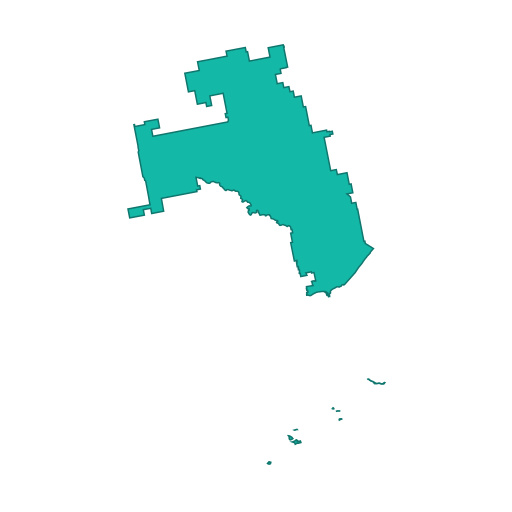 Greater Geraldton, Western Australia, Australia (Natural Earth projection), rotated 259°
{"feature_id": "25037944B20957215446412", "entity_name": "Greater Geraldton", "entity_type": "district", "adm_level": 2, "iso_a3": "AUS", "parent_name": "Australia", "parent_adm1": "Western Australia", "projection": "natural_earth1", "projection_center": [114.652, -28.44], "detail": "fine", "context": "isolated", "style": "filled", "palette": "teal", "viewbox_px": 512, "rotation_deg": 259, "n_neighbors": 0, "source": "geoboundaries", "source_scale": "gbopen_adm2", "svg_char_len": 5999}
<svg xmlns="http://www.w3.org/2000/svg" viewBox="0 0 512 512"><g transform="rotate(259 256 256)"><path d="M207.8,298.3L207.6,299.9L206.9,301.0L206.7,302.0L206.8,302.4L208.0,305.3L208.8,308.4L208.9,310.2L208.7,311.8L208.6,314.1L208.1,316.5L207.5,316.8L207.7,317.1L207.9,317.0L207.8,317.5L207.4,317.7L207.6,317.0L207.5,316.9L207.2,317.8L207.3,318.0L206.8,318.5L206.4,318.9L206.3,318.3L206.2,318.4L206.1,318.9L206.3,318.8L206.2,319.0L204.7,319.2L205.1,318.3L205.8,318.1L205.7,318.1L205.8,317.9L205.7,318.1L205.7,317.8L205.0,318.0L204.8,318.5L204.4,318.7L204.4,319.1L204.0,319.0L204.0,318.6L204.7,318.4L204.6,318.0L203.9,318.1L203.9,318.6L203.5,319.1L202.2,319.4L202.3,320.2L202.2,320.6L204.6,320.8L205.1,321.2L205.3,321.8L205.6,322.2L206.2,322.1L206.8,322.2L207.7,322.7L208.9,324.8L209.6,327.5L210.3,329.3L210.3,329.9L210.0,331.0L209.6,331.7L210.0,332.6L210.0,333.4L210.3,334.1L210.9,334.5L211.3,335.1L211.3,336.0L211.0,336.3L211.2,336.5L210.9,336.9L211.2,337.6L220.8,350.2L225.1,354.4L228.3,358.3L229.5,359.6L230.2,360.0L230.5,360.5L232.4,362.5L233.7,364.2L234.4,364.8L237.0,368.5L237.9,369.0L238.7,369.9L240.9,372.7L247.4,365.7L249.8,365.7L249.8,364.7L282.6,364.7L282.6,364.2L289.5,364.2L289.5,360.0L295.9,360.0L299.6,357.1L299.6,363.1L308.6,363.1L308.6,361.2L320.4,361.2L320.4,351.4L325.5,351.3L325.5,345.6L359.5,345.5L359.5,351.7L361.1,351.7L361.1,354.7L363.9,354.7L363.9,351.7L364.4,351.7L364.4,349.3L366.1,349.3L366.1,334.9L373.8,334.9L373.8,333.2L380.7,333.2L380.8,333.1L381.0,333.2L393.2,333.2L393.3,330.9L404.5,330.9L404.6,324.0L410.8,324.0L410.8,320.7L416.0,320.6L416.0,315.4L421.1,315.4L421.1,309.7L430.5,309.7L430.5,315.4L434.8,315.4L435.1,315.7L435.1,321.4L435.4,321.4L435.4,323.1L455.7,323.0L455.7,323.5L456.7,323.5L456.7,323.0L458.1,323.0L458.1,307.7L448.6,307.7L448.6,286.7L458.2,286.7L458.2,285.3L462.7,285.3L462.8,265.7L457.7,265.7L457.8,235.7L448.9,235.7L449.0,221.0L430.0,221.0L430.0,227.4L416.2,227.4L416.2,236.1L412.2,236.1L412.2,241.2L422.0,241.2L422.0,254.8L401.6,254.8L401.6,253.0L397.6,253.0L397.6,254.9L394.7,254.9L393.0,253.9L393.2,177.6L400.2,177.6L400.2,185.8L409.0,185.8L409.1,172.0L406.2,172.0L406.2,161.8L408.2,161.8L408.2,161.2L386.0,161.2L385.7,161.0L381.7,161.0L380.5,160.2L355.5,160.1L353.8,161.2L351.5,161.2L350.8,162.0L334.9,161.9L327.5,161.7L327.5,161.8L326.5,161.8L326.6,139.3L317.5,139.3L317.4,154.2L323.0,154.2L322.9,161.8L317.6,161.7L317.6,173.9L330.6,174.1L330.5,210.3L332.3,210.3L332.3,214.2L335.8,214.2L335.8,212.1L344.7,212.1L343.9,214.2L342.8,216.1L343.0,216.2L343.4,215.9L343.3,216.3L343.0,216.5L342.0,218.3L341.4,218.2L341.0,218.5L339.7,220.0L337.4,221.5L336.8,222.5L336.3,223.8L336.3,224.6L337.1,225.7L337.4,226.5L337.3,228.2L337.2,228.6L335.8,230.4L335.2,232.0L335.1,233.5L334.8,233.9L334.3,234.3L333.5,233.9L332.3,234.0L331.3,234.6L330.4,236.0L329.3,236.5L328.4,237.3L327.4,237.6L326.2,238.5L326.1,239.3L326.7,239.9L326.7,240.3L326.3,241.7L325.4,243.1L325.1,244.1L324.6,244.8L325.0,247.0L323.6,248.1L323.1,250.0L322.5,250.9L321.3,251.3L319.4,251.1L317.6,252.7L315.5,252.0L314.5,253.2L314.0,253.5L313.1,253.2L312.5,252.6L311.9,252.7L311.5,253.3L311.5,253.8L312.0,255.0L312.4,256.7L311.6,257.5L310.4,258.0L309.9,259.5L309.3,260.1L306.9,261.0L306.3,260.9L306.1,260.0L306.2,259.5L306.5,259.2L306.5,258.7L305.9,257.2L305.2,256.2L303.9,257.2L303.9,258.2L302.3,258.2L302.3,257.4L300.6,256.6L298.1,257.5L297.3,258.2L297.2,258.6L297.4,259.0L299.3,260.6L299.1,261.1L299.2,261.7L298.4,263.4L298.5,264.4L298.8,264.9L300.5,265.2L300.7,265.6L300.6,266.0L299.5,266.9L298.0,266.6L297.2,267.4L295.8,267.4L295.3,267.7L295.2,268.9L295.4,269.8L294.9,272.3L294.7,272.7L293.7,272.9L293.5,273.3L294.2,274.8L294.2,276.1L293.9,277.1L293.3,277.0L292.8,277.5L291.3,278.0L289.9,278.0L289.1,280.1L287.4,281.8L286.6,283.9L285.9,284.0L285.6,283.1L285.2,282.6L284.9,282.6L284.6,282.8L283.6,284.4L282.3,284.7L281.6,285.2L281.4,286.2L281.8,288.2L280.2,291.1L279.0,292.2L279.1,292.8L279.6,293.8L279.4,294.4L278.0,295.5L275.2,295.5L275.2,296.4L271.8,296.4L271.8,294.4L262.5,294.4L262.5,292.6L243.7,292.7L243.6,293.4L243.9,293.6L243.9,295.3L242.6,295.2L242.6,294.9L241.6,294.9L241.6,294.5L237.6,294.4L237.6,295.5L236.3,295.5L236.1,295.1L234.4,295.0L234.4,295.9L233.8,295.9L232.7,295.8L230.8,295.1L230.5,295.3L230.5,296.1L227.3,296.0L227.3,302.3L228.2,302.0L229.6,302.1L229.9,301.9L229.9,307.3L228.7,307.3L228.7,309.7L226.8,309.8L220.1,309.9L220.1,308.6L220.6,308.3L220.6,306.1L220.2,305.6L219.5,306.1L217.7,305.9L216.1,306.4L216.3,299.7L214.5,299.6L214.5,299.3L212.5,299.3L212.5,300.1L210.5,300.1L210.4,300.0L210.4,298.8L209.1,298.8L208.9,298.4L207.8,298.3ZM64.1,261.4L64.3,264.5L65.9,264.3L65.8,263.6L66.0,263.3L66.1,262.7L65.8,262.7L66.1,261.9L65.9,261.6L66.4,261.2L67.0,261.3L67.1,260.7L67.8,260.6L67.8,260.1L67.4,259.8L67.0,258.6L66.6,257.9L66.8,257.4L66.6,257.0L66.6,256.1L65.5,258.0L64.6,258.5L63.7,258.6L64.5,260.8L64.5,261.1L64.1,261.4ZM69.5,257.0L69.8,257.4L70.3,257.0L71.1,256.7L72.3,255.5L73.2,254.2L73.4,253.5L72.9,253.7L72.6,254.4L72.1,254.5L71.5,253.9L70.9,254.0L70.3,253.7L69.3,254.1L68.9,254.9L69.5,257.0ZM107.6,352.6L106.4,354.5L106.0,356.8L106.2,357.4L106.6,357.8L107.0,357.8L107.2,358.3L107.3,358.2L107.0,357.0L106.5,356.4L106.5,354.9L107.9,352.6L107.8,351.4L108.0,349.6L110.2,347.2L111.8,344.8L112.6,344.0L113.4,343.5L113.9,342.6L113.8,342.3L113.5,342.5L113.1,343.5L112.3,343.9L111.9,344.5L111.3,344.9L111.2,345.3L110.4,346.7L109.0,347.5L109.3,347.7L108.3,348.8L108.0,348.8L108.1,348.5L107.9,348.5L108.0,349.1L107.6,350.1L107.6,352.6ZM49.2,230.2L49.4,230.6L50.7,231.2L51.4,229.9L51.4,229.2L50.9,229.0L50.7,228.3L50.1,227.7L49.2,229.0L49.2,230.2ZM80.2,307.4L79.9,306.5L79.0,306.5L79.5,308.1L79.5,308.9L79.6,309.1L79.9,308.9L79.9,308.3L80.2,307.4ZM88.2,304.9L88.2,306.7L87.7,309.1L88.0,308.6L88.4,306.7L88.4,305.3L88.2,304.9ZM91.2,303.2L91.9,303.1L92.8,302.2L92.1,302.7L91.6,302.6L91.4,302.8L91.3,302.2L91.1,302.5L91.2,303.2ZM77.8,263.3L78.0,263.2L78.0,262.6L77.8,260.5L77.6,260.8L77.9,262.8L77.8,263.3Z" fill="#14b8a6" stroke="#0f766e" stroke-width="1.5"/></g></svg>